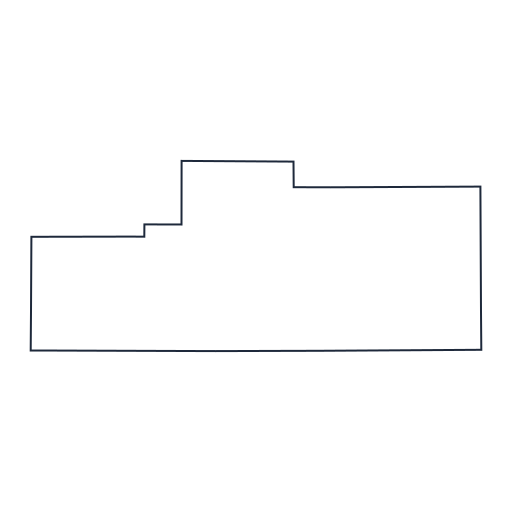 the district of Grenada, Mississippi, United States of America
{"feature_id": "52423323B71852127868887", "entity_name": "Grenada", "entity_type": "district", "adm_level": 2, "iso_a3": "USA", "parent_name": "United States of America", "parent_adm1": "Mississippi", "projection": "orthographic", "projection_center": [-89.866, 33.787], "detail": "fine", "context": "isolated", "style": "outline", "palette": "slate", "viewbox_px": 512, "rotation_deg": 0, "n_neighbors": 0, "source": "geoboundaries", "source_scale": "gbopen_adm2", "svg_char_len": 351}
<svg xmlns="http://www.w3.org/2000/svg" viewBox="0 0 512 512"><path d="M181.6,160.9L181.5,224.5L144.4,224.4L144.3,236.7L131.7,236.6L31.4,236.8L31.0,312.1L30.7,350.5L37.3,350.5L215.7,351.1L281.1,350.9L318.6,350.8L481.3,349.8L481.0,311.8L480.4,186.6L330.6,187.3L293.7,187.2L293.5,161.6L181.6,160.9Z" fill="none" stroke="#1e293b" stroke-width="2"/></svg>